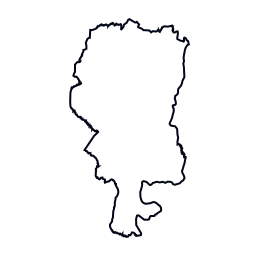 Saboba, Northern, Ghana (Equal Earth projection), rotated 4°
{"feature_id": "2480657B56307698722921", "entity_name": "Saboba", "entity_type": "district", "adm_level": 2, "iso_a3": "GHA", "parent_name": "Ghana", "parent_adm1": "Northern", "projection": "equal_earth", "projection_center": [0.158, 9.709], "detail": "fine", "context": "isolated", "style": "outline", "palette": "ink", "viewbox_px": 256, "rotation_deg": 4, "n_neighbors": 0, "source": "geoboundaries", "source_scale": "gbopen_adm2", "svg_char_len": 5791}
<svg xmlns="http://www.w3.org/2000/svg" viewBox="0 0 256 256"><g transform="rotate(4 128 128)"><path d="M99.2,26.2L97.0,27.4L96.8,26.9L95.7,27.4L94.5,26.5L93.9,27.3L93.6,26.9L92.9,27.3L91.4,28.9L90.8,29.1L90.6,28.8L89.9,29.8L90.0,30.3L89.0,31.2L85.3,32.9L83.5,32.8L83.6,40.7L82.9,40.7L81.2,42.1L80.0,46.0L80.7,48.4L81.0,51.8L79.8,52.7L78.1,53.2L78.1,55.0L76.9,57.7L76.8,58.3L77.2,58.4L77.2,59.1L76.1,60.5L75.9,61.3L75.5,61.5L74.8,63.1L74.8,64.4L75.8,64.2L76.0,65.3L75.8,65.0L75.4,65.5L74.4,65.8L72.9,65.7L70.7,68.4L71.2,75.8L70.2,78.0L69.9,79.7L71.3,80.6L72.6,80.3L72.9,80.7L73.8,80.9L74.7,82.5L75.4,82.9L75.8,84.2L76.2,84.3L76.2,85.1L77.6,85.8L78.1,86.9L77.0,87.7L76.7,86.9L75.8,88.3L75.3,88.5L75.2,87.9L74.4,89.0L73.8,89.2L73.6,88.9L73.0,89.8L72.4,89.8L71.5,90.5L71.2,90.3L71.0,90.9L70.1,91.2L69.8,91.9L69.2,91.4L68.7,92.2L68.8,93.4L68.1,96.5L68.5,106.1L69.1,110.5L70.2,112.5L71.1,112.6L71.7,114.0L72.3,114.0L72.3,115.0L72.8,114.5L73.1,115.1L73.5,114.8L73.7,116.1L74.3,115.9L74.7,116.4L74.6,117.5L74.9,118.0L76.2,118.9L76.2,119.3L76.4,118.9L77.1,120.1L77.9,120.5L78.4,120.2L79.4,120.4L79.7,121.0L80.1,120.5L80.5,121.3L80.7,121.1L81.1,121.3L81.0,122.0L81.7,122.8L82.0,122.6L82.0,123.1L82.2,122.7L83.9,123.2L84.2,123.6L85.2,123.4L85.1,123.9L85.5,123.7L86.3,124.7L86.0,125.4L86.8,125.7L86.7,126.5L87.8,126.9L88.1,126.7L88.1,127.6L88.7,127.4L89.4,128.0L89.4,128.5L89.8,128.0L90.0,128.5L90.5,128.5L90.4,129.0L90.7,129.1L90.4,129.4L90.5,129.8L91.0,129.4L91.4,130.0L91.2,130.4L91.6,130.5L91.3,131.1L91.6,130.8L92.4,131.3L92.4,131.9L92.7,131.5L93.4,131.8L93.4,132.2L94.8,132.8L95.0,133.3L95.4,133.2L95.7,133.5L96.7,132.9L96.8,133.4L97.4,133.3L97.3,133.9L98.1,134.1L98.3,133.8L98.5,134.1L94.7,138.3L86.2,153.0L87.0,153.2L87.5,153.9L88.5,153.9L89.2,155.0L89.6,155.0L90.2,156.0L91.0,155.5L91.8,156.0L92.2,155.8L92.2,156.4L92.6,156.8L92.6,157.3L93.3,157.5L93.5,158.2L95.2,158.1L96.0,158.5L96.7,159.5L97.1,159.5L98.3,160.5L99.2,162.3L99.7,162.6L100.1,164.4L100.6,165.3L100.2,165.7L100.8,166.4L100.9,168.3L101.4,168.3L100.8,168.8L99.8,168.5L99.8,169.4L98.7,171.3L99.2,172.9L99.0,173.9L99.1,177.8L99.8,179.2L100.4,179.9L101.1,179.4L101.6,180.3L102.9,181.2L103.8,180.8L104.0,180.0L104.7,179.4L106.0,179.2L106.4,180.5L108.6,181.0L108.8,181.9L108.5,183.1L108.8,184.1L112.1,182.6L112.6,182.7L114.8,180.5L115.6,180.4L116.4,181.2L116.9,181.0L118.4,182.6L118.8,183.6L118.8,184.4L119.9,184.6L119.9,186.3L122.0,189.4L122.7,191.4L122.8,193.7L121.9,196.6L120.5,198.4L120.5,200.2L120.1,202.6L120.2,207.4L119.5,208.0L119.7,209.5L119.0,212.6L119.3,213.7L119.1,214.7L119.2,218.3L118.6,220.2L118.6,222.3L116.8,225.5L116.9,227.3L117.8,229.5L118.8,230.8L119.3,231.0L119.6,232.2L120.3,232.8L120.8,232.5L121.5,233.6L122.5,233.3L122.7,232.9L123.7,233.5L124.1,233.2L124.5,233.8L125.4,233.7L126.4,234.3L127.3,233.9L127.6,234.6L127.9,234.3L129.4,234.8L129.7,234.3L129.7,234.9L130.0,234.7L129.8,235.0L130.3,235.8L131.1,235.4L131.4,235.9L131.7,235.5L132.4,236.1L132.7,235.9L132.9,236.4L133.5,236.5L133.7,236.1L134.3,236.7L135.8,236.2L136.2,234.7L137.9,234.7L139.3,231.9L141.2,232.1L141.8,232.9L142.3,233.0L142.2,233.9L142.5,234.2L143.6,234.1L143.8,235.1L148.3,234.0L148.5,232.8L148.3,231.9L143.0,224.3L142.4,218.3L143.1,214.8L144.7,214.4L150.5,218.3L154.2,218.1L155.4,217.6L155.9,215.5L156.7,214.2L160.5,213.9L161.1,212.5L162.4,212.1L163.0,211.2L166.6,208.5L166.8,207.3L166.5,205.4L165.5,203.8L160.9,200.5L158.7,200.0L155.1,201.6L150.7,202.4L148.4,201.5L147.1,200.4L146.2,198.7L145.2,195.8L144.7,191.0L146.0,185.2L146.1,183.1L145.8,181.9L146.1,180.6L147.3,179.9L150.2,180.5L153.8,183.4L155.3,182.8L156.6,181.1L160.7,179.6L163.3,180.1L166.4,179.3L169.1,180.1L171.2,178.8L173.8,178.7L175.7,179.3L177.0,181.0L178.8,181.3L183.6,179.5L184.7,178.0L186.9,176.1L187.9,173.9L187.0,171.5L185.6,169.4L184.9,167.4L186.8,159.2L187.6,153.0L186.9,152.9L186.6,153.6L186.1,153.5L185.7,152.1L186.2,150.9L185.6,150.6L185.8,150.1L185.7,149.5L185.0,149.2L184.7,150.0L183.9,150.1L183.8,149.5L184.1,148.7L183.4,148.7L183.6,147.9L183.2,147.9L183.3,147.0L182.7,146.8L182.7,146.2L183.1,146.4L183.0,145.8L183.6,144.7L182.9,143.6L182.7,144.0L182.0,143.7L181.8,143.0L182.2,142.6L181.9,142.0L182.1,141.8L180.8,140.8L180.5,141.2L180.4,140.9L179.2,140.4L178.5,140.9L178.3,138.0L178.7,134.1L177.8,131.0L177.1,125.7L176.2,124.4L175.2,123.4L174.9,123.5L175.1,123.3L174.8,123.0L170.6,122.6L169.4,121.4L169.2,120.5L171.0,115.6L172.4,108.4L172.4,105.9L171.5,104.5L171.1,102.6L171.6,102.0L173.0,102.0L174.1,100.6L173.7,98.1L172.6,95.5L172.9,92.7L174.2,91.7L175.5,89.7L175.3,86.8L175.5,85.4L177.9,82.1L178.7,79.8L179.1,77.0L180.7,73.2L179.7,65.0L179.4,65.0L179.6,64.9L179.6,63.8L178.7,59.9L179.2,57.3L178.6,54.3L178.7,51.4L179.4,45.9L180.0,43.7L181.4,41.2L182.8,40.4L182.5,40.0L182.5,39.0L181.7,36.9L180.7,36.5L179.3,34.4L178.5,34.4L178.2,33.9L177.8,34.0L177.5,35.2L177.9,37.2L177.4,37.9L176.3,37.4L174.5,37.3L171.0,35.8L170.8,34.6L171.2,30.9L170.9,28.3L169.6,28.3L168.4,29.3L166.9,29.5L166.1,28.6L166.1,27.8L165.7,27.6L166.1,27.0L166.5,27.5L166.2,26.4L165.9,26.4L166.1,25.6L165.4,24.8L165.7,23.5L165.1,23.5L164.8,22.8L160.8,24.1L156.9,24.0L156.3,24.8L154.9,25.2L154.9,26.4L154.3,26.9L153.9,28.4L153.2,29.0L153.0,29.9L152.6,29.7L152.8,28.8L152.4,28.9L151.8,28.0L151.8,28.4L150.8,28.3L150.4,29.2L149.4,29.8L145.9,29.7L144.4,31.0L142.4,29.2L136.5,29.3L134.8,27.9L131.6,27.0L130.9,26.4L131.9,23.9L130.4,22.7L129.9,21.8L129.2,21.5L128.4,22.2L127.6,22.2L121.7,19.3L120.5,20.3L119.5,22.9L117.0,25.0L116.6,25.8L116.5,27.2L115.4,29.1L114.9,29.3L114.3,30.8L114.2,26.8L113.9,25.4L113.4,24.9L112.4,25.5L111.7,25.4L111.1,25.9L109.1,24.7L108.6,25.3L108.5,26.2L107.9,26.2L107.5,26.6L105.9,24.5L105.2,24.3L104.7,25.3L104.3,24.9L103.6,25.1L103.4,25.6L102.8,25.8L102.3,26.8L101.7,26.7L101.2,27.5L101.2,27.1L100.3,27.3L99.2,26.2Z" fill="none" stroke="#020617" stroke-width="2"/></g></svg>